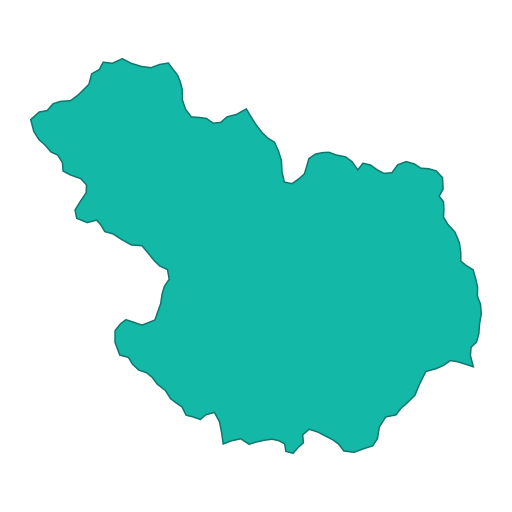 the district of Serranos, Minas Gerais, Brazil
{"feature_id": "56859067B45065614080089", "entity_name": "Serranos", "entity_type": "district", "adm_level": 2, "iso_a3": "BRA", "parent_name": "Brazil", "parent_adm1": "Minas Gerais", "projection": "robinson", "projection_center": [-44.543, -21.828], "detail": "fine", "context": "isolated", "style": "filled", "palette": "teal", "viewbox_px": 512, "rotation_deg": 0, "n_neighbors": 0, "source": "geoboundaries", "source_scale": "gbopen_adm2", "svg_char_len": 2295}
<svg xmlns="http://www.w3.org/2000/svg" viewBox="0 0 512 512"><path d="M223.2,444.0L231.4,440.8L240.8,438.8L249.1,444.3L255.2,442.3L264.0,440.3L271.8,439.2L278.3,440.5L284.7,443.8L285.8,451.3L293.2,453.3L297.7,447.8L303.4,442.8L302.7,434.8L309.2,429.3L317.7,432.0L324.8,435.7L332.6,439.7L338.5,444.0L343.9,451.0L354.1,452.3L363.9,448.6L372.8,445.8L377.5,438.5L379.3,427.0L385.8,416.9L396.0,414.9L400.7,408.6L407.5,402.6L414.9,395.3L419.7,383.8L425.8,371.5L435.7,368.8L443.5,365.4L450.3,360.6L457.4,361.7L464.8,364.0L473.3,366.8L470.4,355.4L471.1,347.3L476.5,342.1L478.8,333.8L479.6,323.6L481.3,313.8L480.5,304.3L477.4,296.1L477.6,287.4L475.7,278.8L473.1,269.8L465.9,265.3L460.8,261.1L460.8,252.9L459.4,242.7L454.8,231.9L447.9,224.4L443.5,217.1L443.9,209.3L443.5,201.8L439.2,196.2L443.1,189.0L442.5,177.7L436.4,171.0L428.6,168.7L420.8,168.2L414.3,163.9L406.2,161.6L397.7,164.8L391.9,172.7L383.9,173.4L377.3,169.9L370.7,165.1L363.0,163.2L357.8,169.9L352.0,161.6L345.5,156.9L336.4,155.0L328.9,152.3L322.5,152.6L315.3,154.1L308.9,158.6L306.6,166.7L304.4,173.9L299.3,178.5L291.9,183.7L284.3,182.0L282.0,171.7L281.4,160.4L278.6,151.4L274.5,142.3L267.3,137.7L262.3,132.8L256.2,125.0L251.0,116.7L246.3,108.9L236.5,114.4L226.9,116.9L220.8,122.4L213.3,123.2L206.3,118.4L199.6,117.5L191.3,116.9L185.5,109.2L182.4,99.9L182.4,90.1L180.3,81.8L177.6,75.2L172.6,68.8L168.4,63.0L159.6,64.5L151.1,67.7L141.6,66.5L131.4,63.4L122.3,58.7L112.3,63.3L103.2,62.2L99.3,69.5L91.7,73.8L88.9,84.3L82.8,90.4L78.0,95.1L70.6,100.6L60.4,101.4L53.2,103.7L47.1,110.6L39.2,112.0L30.7,119.6L33.8,131.4L38.9,139.6L44.6,144.6L51.1,152.1L57.6,155.0L62.4,162.4L63.1,171.1L70.5,175.0L80.7,178.6L86.5,184.9L86.2,192.7L80.4,201.3L75.0,210.0L76.7,218.3L87.2,222.6L96.7,220.1L101.1,225.4L104.8,231.6L113.0,233.9L122.1,239.8L131.4,245.0L142.0,245.7L148.6,253.7L154.6,261.1L159.9,266.1L167.5,269.6L169.2,279.3L164.4,286.3L162.0,294.5L160.7,303.6L157.7,311.9L154.9,320.0L148.0,322.8L141.9,325.1L133.8,322.3L126.0,319.7L120.6,323.7L115.1,330.6L115.0,342.4L119.8,355.1L128.4,357.4L132.5,364.2L138.6,370.0L146.4,372.7L151.8,377.0L157.3,384.2L165.3,390.4L170.5,398.6L175.7,402.6L182.0,406.9L186.1,415.2L193.0,416.9L200.4,419.5L205.6,414.9L214.4,412.4L219.5,421.9L221.5,432.0L223.2,444.0Z" fill="#14b8a6" stroke="#0f766e" stroke-width="1.5"/></svg>